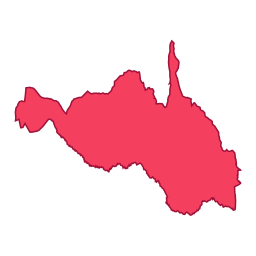 the district of Ileje, Mbeya, United Republic of Tanzania
{"feature_id": "72390352B17520994539919", "entity_name": "Ileje", "entity_type": "district", "adm_level": 2, "iso_a3": "TZA", "parent_name": "United Republic of Tanzania", "parent_adm1": "Mbeya", "projection": "equal_earth", "projection_center": [33.35, -9.39], "detail": "fine", "context": "isolated", "style": "filled", "palette": "rose", "viewbox_px": 256, "rotation_deg": 0, "n_neighbors": 0, "source": "geoboundaries", "source_scale": "gbopen_adm2", "svg_char_len": 5863}
<svg xmlns="http://www.w3.org/2000/svg" viewBox="0 0 256 256"><path d="M235.2,156.3L234.7,152.9L232.6,150.5L231.7,150.5L230.6,151.2L229.1,151.4L227.8,150.9L226.7,149.6L225.8,150.9L225.1,151.1L224.0,151.1L222.3,150.0L221.9,148.2L220.9,146.3L220.8,145.3L221.2,142.7L221.0,141.9L219.7,140.0L219.4,137.4L218.8,135.5L218.6,132.3L214.8,126.2L212.5,124.4L212.2,121.3L211.3,120.9L210.8,120.1L209.5,119.6L207.4,117.6L205.6,116.7L205.0,115.6L204.7,112.8L202.7,110.8L201.2,110.3L200.5,109.7L200.2,108.9L200.3,107.9L199.9,107.3L196.9,106.1L194.9,103.1L194.5,102.8L193.7,103.1L191.8,105.8L190.9,101.1L191.2,99.0L187.5,97.5L186.8,97.8L184.1,96.9L183.2,96.5L182.5,95.7L180.0,89.2L178.9,85.4L177.3,78.1L176.6,76.8L175.6,73.5L175.9,72.0L177.1,70.6L177.5,69.1L178.2,68.4L178.9,63.2L178.9,61.8L178.3,60.6L176.1,58.2L174.8,56.0L173.7,51.4L173.7,50.3L174.1,49.0L173.6,46.8L173.4,45.0L174.0,44.0L173.9,43.0L171.8,40.9L170.3,43.9L169.9,45.8L170.0,51.4L168.7,56.1L168.8,58.8L168.5,62.3L169.1,67.9L169.9,71.9L169.9,76.5L170.4,79.9L170.0,82.2L169.4,83.6L170.4,83.1L170.8,85.1L169.9,89.1L169.9,93.6L169.7,94.8L168.4,96.9L167.8,99.8L167.9,101.5L167.4,102.6L166.6,105.8L165.8,107.3L164.8,107.4L164.2,106.4L163.6,106.2L163.0,104.6L162.0,103.6L160.9,103.8L160.2,103.5L156.3,103.9L156.1,103.2L156.4,101.6L155.9,99.7L155.3,98.3L154.2,98.3L154.5,96.9L153.2,94.4L153.8,91.2L153.2,89.9L152.3,88.8L151.0,89.0L149.7,88.7L149.5,87.7L149.2,87.6L147.7,88.1L146.9,89.5L146.0,89.6L145.3,90.2L145.0,89.8L145.1,88.0L144.4,87.5L143.9,86.4L143.9,84.7L143.3,82.6L142.2,83.1L140.4,79.9L139.6,72.9L139.1,71.9L137.2,72.6L136.7,71.9L133.9,70.9L133.3,71.0L132.6,71.7L129.6,70.3L128.4,70.4L126.0,72.5L124.2,72.6L123.6,74.7L123.1,75.3L120.1,75.9L116.3,80.1L114.5,81.4L114.4,85.7L112.5,87.4L111.2,90.9L108.0,93.9L106.6,93.6L105.0,93.9L103.0,93.0L100.6,93.8L99.8,93.7L99.0,93.1L98.1,93.6L96.7,93.2L94.1,93.2L91.6,93.8L89.9,93.1L87.6,91.2L81.6,97.3L78.9,97.5L73.7,99.2L73.3,100.2L71.8,101.5L70.9,104.5L69.9,106.6L67.8,109.5L66.9,111.3L66.5,113.8L65.5,113.3L63.7,111.1L61.9,108.5L60.6,105.8L59.4,104.3L58.8,103.0L57.8,101.9L56.4,100.9L53.5,100.5L51.7,99.2L50.4,98.8L49.6,99.1L49.1,98.6L46.6,98.2L44.9,98.4L41.8,97.5L39.9,96.0L35.2,89.9L33.3,88.2L29.7,87.4L26.0,87.8L25.4,94.9L24.6,101.4L23.1,101.5L21.9,100.9L19.5,101.7L18.2,103.7L17.4,106.2L16.1,107.7L15.4,112.1L15.8,118.0L15.5,120.8L19.0,119.3L20.7,127.7L21.0,127.8L22.9,127.4L25.0,123.5L29.9,132.1L32.1,132.1L37.2,131.1L39.0,130.2L43.1,126.2L47.8,120.1L48.8,119.2L50.3,119.2L51.9,120.7L52.4,120.5L52.6,121.1L53.1,121.3L53.7,122.6L53.8,123.5L55.4,127.6L56.4,128.8L56.4,129.4L56.9,130.2L56.8,131.7L57.1,132.6L59.2,134.6L59.5,134.5L59.8,135.1L60.8,135.5L60.7,136.2L61.2,136.4L61.3,137.5L62.0,137.6L62.7,137.0L63.3,137.5L65.0,139.5L64.9,140.1L65.6,140.3L65.8,140.9L67.0,142.2L67.1,144.0L68.3,144.9L68.7,145.7L69.1,145.7L69.3,146.1L69.9,145.6L70.4,146.7L71.3,147.1L72.1,147.0L72.7,148.5L73.4,149.4L74.7,149.6L75.1,150.0L74.9,150.6L75.5,150.6L75.7,151.0L76.3,150.7L76.6,150.9L78.2,153.5L78.9,153.3L80.0,154.4L80.3,154.1L81.0,154.9L80.8,155.5L82.3,155.7L82.9,156.8L82.8,157.4L84.1,158.2L83.9,159.4L84.2,159.7L84.5,161.5L84.9,161.2L85.1,161.9L85.7,162.0L85.8,161.6L86.6,162.1L86.5,162.8L87.0,162.8L87.4,163.4L87.9,163.1L89.1,164.1L89.3,165.1L89.7,164.9L89.9,165.8L90.4,165.3L90.8,165.9L91.2,165.7L91.4,166.2L91.8,166.3L92.9,165.8L95.2,167.0L95.5,167.0L95.7,166.5L95.9,167.3L97.3,166.3L97.5,167.4L98.1,167.1L98.8,167.6L99.2,167.2L99.3,167.9L100.1,167.3L101.1,167.4L101.6,166.9L102.1,167.5L102.6,167.3L103.0,167.6L103.6,168.5L103.6,169.2L105.5,170.5L107.5,170.4L108.2,171.6L108.8,171.8L109.1,171.5L109.0,170.6L109.5,169.6L109.8,169.5L109.8,169.0L110.1,169.2L110.3,168.7L110.7,169.1L111.3,168.6L111.9,166.9L112.4,166.8L112.7,165.9L114.5,166.5L115.7,166.2L116.4,165.8L116.6,165.0L116.9,164.6L117.3,164.6L117.6,163.8L118.0,164.4L119.4,163.5L119.8,163.6L120.3,164.1L120.5,165.1L122.6,165.9L123.1,167.9L123.7,167.1L124.5,167.1L125.1,168.4L125.7,168.6L126.0,168.0L126.7,168.4L127.7,168.0L127.7,166.9L128.4,166.1L129.7,166.0L129.7,165.6L129.3,165.4L129.3,164.6L130.9,165.1L131.0,164.0L132.1,163.2L132.7,163.6L134.9,162.3L136.1,163.2L136.8,164.9L140.0,163.1L141.4,164.1L143.3,167.2L143.8,169.5L144.8,169.3L145.5,170.4L146.8,171.5L146.6,173.4L147.9,174.2L148.0,175.2L148.8,175.5L148.9,176.5L150.2,177.9L151.5,178.0L152.7,176.9L154.1,178.8L155.0,178.8L155.4,180.0L155.4,181.6L156.2,181.5L156.7,182.1L157.9,180.6L158.8,181.1L158.8,182.0L159.1,183.1L159.8,183.6L160.1,186.0L161.3,186.7L162.1,187.9L163.9,189.4L164.0,190.0L167.5,197.0L166.4,197.9L166.8,200.7L166.1,202.2L166.1,203.1L166.4,203.3L167.2,202.9L167.4,204.5L168.0,204.8L168.8,204.6L168.8,205.9L171.0,208.6L171.2,209.8L171.9,210.0L172.6,210.7L173.4,210.4L174.3,211.3L176.1,211.7L177.3,210.8L178.4,211.3L179.9,212.9L180.4,212.6L181.6,212.7L183.3,214.2L184.2,214.4L185.0,214.2L185.9,212.6L186.5,212.2L187.1,212.3L188.7,213.8L189.5,214.0L190.2,215.1L191.2,215.0L192.6,214.2L193.1,213.3L194.2,213.5L194.5,212.6L196.8,211.2L197.0,210.3L197.4,210.1L198.2,210.4L198.6,209.3L199.7,208.8L200.3,205.9L201.5,205.0L201.9,204.2L201.9,202.0L202.9,200.8L203.4,201.4L204.5,201.0L206.4,201.9L207.7,201.6L208.1,200.7L210.0,200.2L211.9,197.8L212.2,197.8L212.3,198.8L212.7,199.5L213.8,198.2L214.8,200.7L215.8,201.8L217.1,201.4L217.5,201.6L218.3,203.4L220.3,205.4L221.8,204.4L222.3,204.8L223.3,207.1L225.6,206.1L226.7,206.6L228.1,206.5L229.7,207.1L232.1,209.0L232.8,208.5L233.1,209.9L233.4,210.2L235.0,209.7L235.3,208.6L235.6,200.7L235.2,194.5L234.8,193.3L234.6,186.7L238.4,184.9L240.6,183.3L240.6,182.9L239.4,181.5L239.2,181.9L238.5,181.2L237.2,179.4L237.5,177.9L237.8,177.8L237.9,176.9L237.4,175.9L237.9,175.2L237.5,175.1L238.0,173.0L237.7,171.2L238.1,170.9L238.1,170.2L240.5,170.1L240.2,169.6L238.8,168.8L236.7,166.8L235.9,164.0L236.4,164.0L236.4,163.6L235.8,159.0L235.2,158.3L235.2,156.3Z" fill="#f43f5e" stroke="#9f1239" stroke-width="1.5"/></svg>